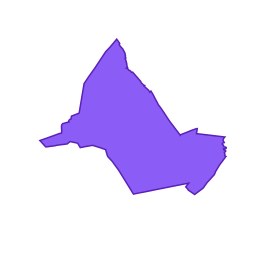 outline of Santiago Nacaltepec, Oaxaca, Mexico, rotated 158°
{"feature_id": "50627088B46884693471354", "entity_name": "Santiago Nacaltepec", "entity_type": "district", "adm_level": 2, "iso_a3": "MEX", "parent_name": "Mexico", "parent_adm1": "Oaxaca", "projection": "orthographic", "projection_center": [-96.923, 17.515], "detail": "fine", "context": "isolated", "style": "filled", "palette": "violet", "viewbox_px": 256, "rotation_deg": 158, "n_neighbors": 0, "source": "geoboundaries", "source_scale": "gbopen_adm2", "svg_char_len": 2693}
<svg xmlns="http://www.w3.org/2000/svg" viewBox="0 0 256 256"><g transform="rotate(158 128 128)"><path d="M58.7,92.8L61.3,94.2L66.6,97.1L64.0,101.5L64.9,101.8L67.3,101.9L69.3,102.0L76.0,102.0L81.6,102.1L82.2,101.6L84.3,109.2L85.2,112.7L86.0,115.5L86.1,115.9L86.5,117.3L86.7,118.0L86.8,118.4L87.7,122.7L88.8,128.4L90.3,135.1L90.5,135.9L91.1,138.0L91.4,141.1L91.9,145.9L92.1,148.3L92.4,150.6L92.5,151.7L92.8,152.7L92.9,153.6L94.3,152.9L94.4,153.4L94.5,154.0L94.8,155.3L94.8,155.5L95.0,155.7L97.4,160.8L96.6,161.2L97.1,161.6L97.4,161.8L98.8,165.1L98.8,165.3L98.8,166.7L99.2,167.6L100.2,170.6L102.0,175.8L102.6,177.4L102.7,177.7L102.7,177.9L102.8,178.1L103.0,178.1L103.6,178.0L104.0,178.5L104.2,179.5L104.4,180.1L105.0,180.8L105.3,180.9L105.5,181.3L105.7,181.5L105.8,182.6L106.7,183.8L106.9,184.0L106.5,184.0L105.7,184.3L105.8,185.9L105.7,186.3L105.4,186.7L105.4,187.3L105.1,188.1L104.9,189.0L105.0,189.3L104.8,189.9L104.8,190.2L104.6,191.7L104.8,192.4L104.7,193.1L104.6,193.4L104.3,193.1L103.8,193.7L103.8,194.6L103.7,195.3L103.5,195.5L103.2,196.1L103.3,196.8L103.0,197.5L102.9,197.7L102.8,199.1L102.9,199.9L103.0,200.7L103.0,200.9L103.2,203.1L104.6,206.9L104.9,208.5L104.6,208.9L104.2,209.2L104.1,209.3L104.0,209.5L104.9,213.5L105.0,213.7L105.2,214.6L114.4,209.7L120.1,207.1L136.1,196.1L146.0,189.8L146.4,189.5L152.1,185.6L167.3,160.8L167.9,160.1L176.0,160.2L176.6,159.2L176.9,158.7L177.1,158.3L177.3,157.9L177.4,157.7L178.3,157.8L178.9,157.7L179.0,157.6L179.4,157.4L179.8,157.3L180.7,156.3L180.6,155.7L181.0,155.8L181.6,155.8L181.9,155.9L182.2,156.0L182.7,156.1L183.2,156.1L186.9,156.5L187.0,156.5L187.2,156.4L187.5,156.2L188.5,155.5L189.3,153.9L189.7,152.7L190.6,150.0L191.5,148.5L191.6,148.2L194.0,148.6L198.0,148.7L203.1,148.9L206.3,149.0L214.4,149.4L211.4,141.4L210.6,141.0L202.3,138.9L201.6,138.8L200.7,138.7L190.3,136.0L186.8,137.1L180.4,132.8L179.6,127.7L179.4,127.7L178.0,127.4L177.4,127.3L176.7,127.1L176.2,127.1L175.8,127.0L167.4,125.2L161.7,120.6L156.9,116.4L157.5,110.2L157.4,109.2L157.2,108.3L155.1,102.9L152.5,92.5L147.7,64.7L98.3,55.3L92.4,54.1L96.5,51.8L95.6,49.2L95.5,48.7L95.3,47.7L91.1,41.4L80.9,44.1L75.2,47.7L65.7,52.3L65.3,52.5L65.2,52.6L63.0,54.9L57.0,59.4L48.9,64.3L48.0,65.0L47.9,65.0L48.6,66.2L48.4,66.8L48.1,67.1L47.9,67.8L47.7,69.4L46.3,69.7L46.1,69.9L46.0,70.1L46.0,70.4L46.7,71.2L46.9,71.2L47.1,71.4L47.3,71.7L47.3,72.0L47.2,73.0L46.3,72.5L45.2,72.2L44.5,72.5L44.3,73.2L44.6,73.7L45.7,74.3L46.0,74.7L46.1,74.9L46.1,75.3L46.0,75.6L46.0,76.4L46.2,76.8L46.7,77.2L46.5,78.1L46.1,78.5L45.5,78.5L44.2,78.4L44.5,80.6L44.3,81.1L44.0,81.7L43.9,81.8L43.6,82.1L42.9,82.7L42.4,83.0L41.6,83.4L42.0,83.6L58.7,92.8Z" fill="#8b5cf6" stroke="#5b21b6" stroke-width="1.5"/></g></svg>